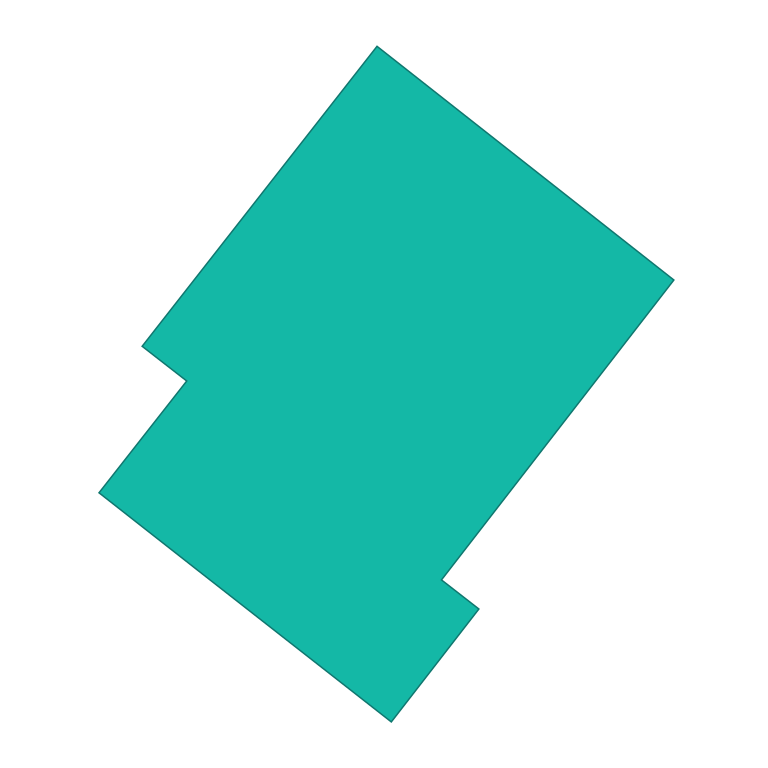 Audubon, Iowa, United States of America, rotated 38°
{"feature_id": "52423323B14166317178885", "entity_name": "Audubon", "entity_type": "district", "adm_level": 2, "iso_a3": "USA", "parent_name": "United States of America", "parent_adm1": "Iowa", "projection": "albers", "projection_center": [-94.918, 41.684], "detail": "fine", "context": "isolated", "style": "filled", "palette": "teal", "viewbox_px": 768, "rotation_deg": 38, "n_neighbors": 0, "source": "geoboundaries", "source_scale": "gbopen_adm2", "svg_char_len": 290}
<svg xmlns="http://www.w3.org/2000/svg" viewBox="0 0 768 768"><g transform="rotate(38 384 384)"><path d="M170.6,122.2L170.2,503.2L226.7,503.1L226.4,645.2L351.3,645.5L597.8,645.8L597.3,502.9L549.9,503.0L548.4,123.6L170.6,122.2Z" fill="#14b8a6" stroke="#0f766e" stroke-width="1.5"/></g></svg>